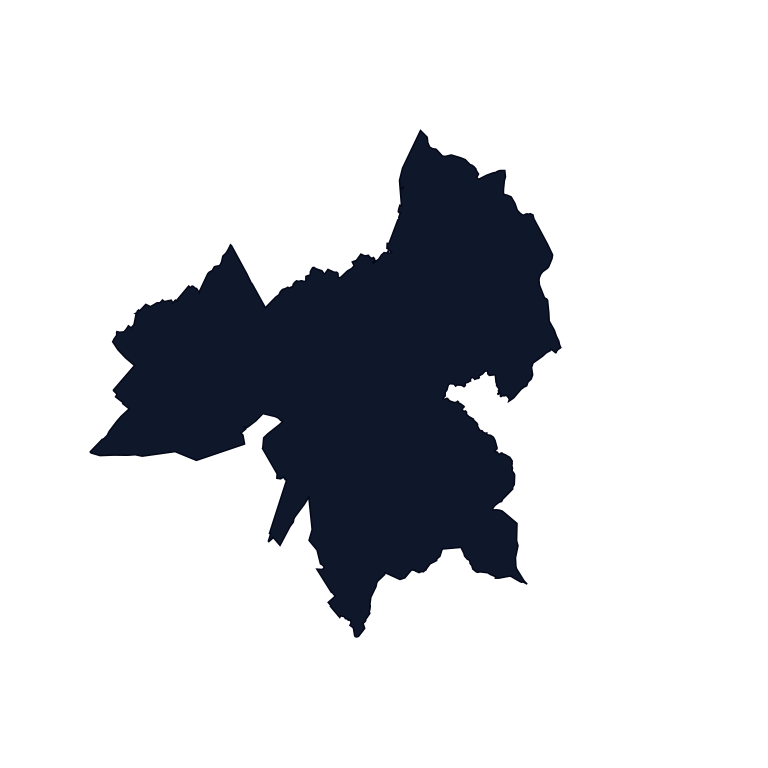 outline of Sayula, Jalisco, Mexico, rotated 220°
{"feature_id": "50627088B35146246473930", "entity_name": "Sayula", "entity_type": "district", "adm_level": 2, "iso_a3": "MEX", "parent_name": "Mexico", "parent_adm1": "Jalisco", "projection": "robinson", "projection_center": [-103.599, 19.857], "detail": "fine", "context": "isolated", "style": "filled", "palette": "ink", "viewbox_px": 768, "rotation_deg": 220, "n_neighbors": 0, "source": "geoboundaries", "source_scale": "gbopen_adm2", "svg_char_len": 6171}
<svg xmlns="http://www.w3.org/2000/svg" viewBox="0 0 768 768"><g transform="rotate(220 384 384)"><path d="M250.3,177.1L244.6,172.2L243.5,172.0L242.4,172.6L241.3,174.2L241.7,184.4L246.4,187.3L245.8,188.7L245.9,191.0L246.6,191.4L247.4,199.1L249.3,200.6L249.7,201.9L251.7,205.0L253.3,206.4L257.0,212.2L259.9,223.7L261.7,226.9L262.1,228.8L261.0,238.5L262.1,240.1L246.1,244.5L243.4,248.9L243.4,258.8L243.1,259.5L240.4,261.1L239.7,260.9L235.8,262.1L235.0,264.0L233.0,265.6L232.9,267.1L232.3,268.8L232.7,269.5L233.1,275.8L230.2,282.6L231.1,284.1L230.4,287.9L233.3,295.0L220.0,308.3L213.9,305.6L211.7,304.0L207.5,303.3L205.9,303.9L204.1,303.2L202.6,301.8L200.1,301.4L197.0,299.3L192.5,299.4L191.2,299.9L189.7,301.8L183.1,306.1L180.2,306.4L174.7,308.1L173.9,306.8L171.1,309.2L164.4,317.4L163.2,318.2L152.9,320.0L151.2,320.5L150.3,321.7L145.7,322.7L150.4,323.3L163.5,327.6L165.5,328.9L171.5,335.3L177.4,346.3L181.7,349.2L192.5,362.7L211.6,362.7L214.5,361.6L217.6,359.5L219.3,357.5L220.9,359.0L220.9,362.6L219.8,367.4L218.4,369.6L219.0,372.0L217.9,386.3L219.1,387.6L219.5,390.6L224.9,397.7L226.3,398.9L229.7,399.7L230.7,400.6L231.3,402.0L233.7,403.7L234.6,405.5L235.6,405.9L235.7,406.9L236.4,407.5L240.4,408.7L245.9,407.7L248.2,406.9L249.4,407.0L250.1,406.1L250.5,404.0L251.9,404.0L253.1,404.7L256.0,403.6L256.4,404.0L255.7,406.5L256.1,407.6L262.7,412.2L266.0,413.6L269.4,413.2L271.8,411.7L272.8,411.6L273.8,412.6L274.7,411.4L277.0,410.8L278.6,411.3L281.0,410.1L285.4,411.9L286.1,413.0L287.5,413.7L291.8,413.9L293.0,414.6L298.1,413.6L300.8,413.8L301.8,414.3L302.5,415.4L304.2,415.8L305.5,414.2L306.9,414.4L307.5,414.6L308.1,416.3L307.9,418.1L308.8,418.3L313.2,418.0L314.5,417.2L315.4,418.2L316.6,418.1L316.7,416.8L318.2,415.0L323.1,413.2L325.9,413.8L326.7,413.4L327.7,411.3L329.1,410.7L329.6,412.0L329.4,414.1L331.8,417.1L331.9,419.8L334.1,424.5L333.7,426.6L330.4,428.9L327.7,428.4L327.5,430.0L324.7,432.3L323.0,433.1L321.0,433.3L320.7,434.1L320.9,435.3L322.1,436.5L322.1,437.2L320.4,439.9L320.6,440.8L319.6,441.9L320.7,442.9L321.1,444.9L320.2,446.0L318.8,446.2L317.5,445.8L316.0,448.4L315.1,449.1L315.2,450.3L316.0,450.6L316.3,451.5L315.0,454.9L314.8,458.8L313.5,460.1L312.8,460.4L311.0,458.5L308.8,458.3L305.3,462.0L304.3,462.2L299.2,457.2L297.6,456.4L296.9,455.2L292.5,454.1L292.0,452.2L290.8,451.7L290.5,451.1L290.7,449.8L290.0,449.4L289.0,451.3L288.0,450.9L286.9,449.4L286.3,449.5L285.6,451.4L284.4,452.0L283.9,453.1L281.9,454.0L278.3,453.0L277.3,450.8L275.7,456.6L275.6,468.1L274.8,471.5L273.5,474.3L274.9,478.0L274.4,482.4L276.0,486.6L281.6,491.5L283.3,495.9L280.4,507.1L279.7,512.4L278.2,515.9L278.0,518.2L272.7,518.2L272.3,518.6L272.9,520.3L272.9,522.1L271.9,525.5L274.9,527.0L277.6,529.2L282.6,531.4L288.1,534.7L297.9,538.4L303.3,544.3L312.5,553.3L314.1,553.7L316.5,553.2L328.6,559.8L332.2,563.4L333.4,565.4L334.5,569.1L334.6,572.1L333.2,577.7L333.2,579.6L335.9,588.1L337.8,591.3L348.6,596.2L375.3,606.9L378.6,609.3L381.4,608.5L382.8,606.6L383.6,606.5L384.5,605.5L385.5,603.3L386.3,602.6L389.1,602.3L393.6,602.8L399.7,606.5L406.9,609.1L411.1,607.8L413.7,606.4L415.3,607.1L417.8,610.3L422.5,617.2L424.1,620.8L428.7,625.2L432.2,622.3L433.7,620.1L434.4,618.0L436.2,615.8L439.6,609.9L442.7,602.6L443.6,601.5L445.7,602.0L446.5,605.6L450.5,606.9L452.0,607.9L454.8,608.3L456.9,608.2L459.4,607.4L466.0,608.1L470.7,606.6L479.7,602.7L483.3,597.8L485.8,596.2L494.4,597.3L495.4,597.2L497.9,595.5L501.4,594.9L505.5,597.0L509.5,600.8L519.0,601.7L508.6,561.3L503.0,549.9L497.7,544.5L495.7,546.8L495.5,545.0L497.1,543.9L485.2,531.8L486.8,531.2L485.2,527.5L483.8,525.1L481.5,525.1L481.4,525.5L479.8,521.1L478.4,520.0L478.9,518.6L470.5,494.8L472.0,493.8L469.0,489.8L468.0,490.8L467.0,489.4L463.0,490.0L463.7,487.7L464.4,487.3L466.1,488.3L466.3,485.8L468.4,484.8L468.9,481.1L468.3,476.2L470.2,468.7L470.6,470.3L470.2,471.4L470.4,473.0L471.4,473.1L471.8,473.9L473.5,474.1L473.8,473.0L474.5,472.3L476.6,472.1L478.7,472.6L481.0,469.8L485.2,468.7L484.6,461.0L486.8,457.1L482.9,455.4L483.0,451.8L484.7,447.2L485.7,438.3L486.4,436.9L486.8,436.3L487.7,436.3L490.4,439.2L492.2,439.2L494.0,437.6L500.6,435.8L500.2,430.6L501.1,429.9L504.3,430.9L510.1,428.6L512.7,428.3L513.5,427.2L512.7,422.9L510.5,419.7L512.0,418.2L513.0,416.2L510.3,412.9L510.6,411.8L511.4,411.0L513.4,410.3L515.6,407.6L517.4,406.8L517.8,404.1L517.6,401.9L516.5,400.0L517.7,398.2L518.0,396.7L519.9,396.3L520.5,394.5L522.6,391.0L522.7,388.0L521.8,384.9L522.8,381.0L523.9,366.2L549.7,376.1L550.7,376.1L559.8,380.2L589.6,391.9L591.1,392.0L589.6,385.9L589.2,382.3L589.7,378.4L587.2,373.7L586.1,370.3L586.3,368.6L588.9,365.6L589.3,364.4L588.5,360.6L589.8,357.3L589.9,355.2L585.1,337.0L584.2,335.2L588.9,336.7L589.0,336.1L593.3,336.1L594.0,335.5L594.2,333.5L596.6,333.5L596.6,314.2L597.8,314.1L597.8,310.4L600.9,311.5L605.2,306.0L607.7,306.0L607.8,302.3L610.1,300.3L612.6,293.2L617.7,291.9L618.2,283.0L619.6,283.0L619.8,281.0L618.9,280.7L619.8,278.1L619.0,278.5L614.0,269.3L613.7,269.3L613.8,264.5L617.2,264.3L616.7,260.8L616.7,256.8L619.9,253.6L622.3,252.5L622.0,251.6L620.1,249.5L619.8,245.2L619.0,241.9L609.8,239.2L598.9,237.9L587.0,237.8L587.4,205.5L587.0,205.0L582.0,204.6L581.4,201.6L571.5,202.0L571.5,201.0L563.3,201.2L563.1,202.1L564.6,190.2L564.7,183.7L564.1,171.1L563.0,166.6L563.4,162.4L563.8,160.9L564.3,160.6L565.5,143.3L564.8,142.8L563.5,143.1L555.5,146.6L545.1,156.0L534.7,164.5L529.1,169.9L522.8,173.3L500.6,197.9L478.6,204.9L452.2,248.4L459.2,254.2L462.0,254.4L461.0,260.8L463.0,261.4L461.2,262.2L460.5,264.2L458.5,273.2L457.7,283.5L446.4,289.1L443.0,290.0L439.8,289.7L437.5,290.2L438.0,285.7L441.0,271.3L441.6,265.4L436.1,257.6L435.7,256.5L408.2,246.5L405.5,242.9L402.2,244.9L401.1,248.1L398.1,247.2L396.9,247.9L375.7,195.9L374.5,196.3L371.6,189.3L370.9,189.2L370.0,195.2L359.9,193.5L364.4,214.5L364.7,219.9L366.2,222.5L366.8,224.9L367.7,240.5L368.9,249.0L345.5,226.3L340.9,216.0L328.5,213.7L317.1,205.4L314.7,205.8L311.9,205.3L311.9,202.4L316.5,199.0L290.5,190.6L290.4,191.2L285.0,190.0L286.4,180.8L282.0,180.0L282.1,179.2L267.8,176.7L268.2,178.5L264.6,180.3L262.8,179.4L261.4,180.3L259.6,180.1L258.1,181.4L255.6,179.8L255.0,177.2L251.5,177.5L250.3,177.1Z" fill="#0f172a" stroke="#020617" stroke-width="1.5"/></g></svg>